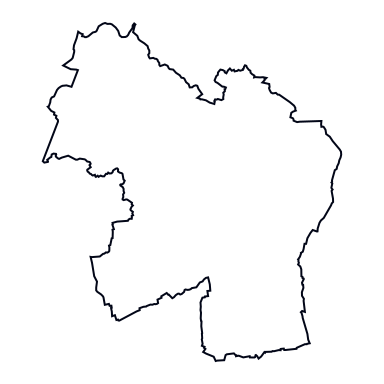 Mueang Nakhon Pathom, Nakhon Pathom, Thailand
{"feature_id": "78962969B95320028173020", "entity_name": "Mueang Nakhon Pathom", "entity_type": "district", "adm_level": 2, "iso_a3": "THA", "parent_name": "Thailand", "parent_adm1": "Nakhon Pathom", "projection": "orthographic", "projection_center": [100.009, 13.819], "detail": "fine", "context": "isolated", "style": "outline", "palette": "ink", "viewbox_px": 384, "rotation_deg": 0, "n_neighbors": 0, "source": "geoboundaries", "source_scale": "gbopen_adm2", "svg_char_len": 5878}
<svg xmlns="http://www.w3.org/2000/svg" viewBox="0 0 384 384"><path d="M90.6,256.9L92.0,262.7L94.2,276.2L97.0,281.6L96.2,287.5L96.2,290.4L97.3,291.8L101.2,294.5L103.1,296.5L103.5,297.5L104.8,304.8L108.9,303.9L109.6,305.8L111.4,305.7L111.7,307.7L111.1,307.8L111.1,308.3L111.8,311.4L112.1,316.2L114.9,315.2L116.4,320.0L118.0,319.6L118.4,320.5L119.3,320.6L136.6,311.4L139.7,310.2L139.5,308.2L143.4,306.8L146.3,306.5L146.8,306.0L150.4,304.6L152.5,304.7L154.2,304.0L155.7,304.2L157.1,303.8L158.1,303.1L157.5,299.6L161.5,297.8L161.3,296.3L166.7,293.0L168.3,294.8L168.8,294.6L172.3,298.2L174.0,297.2L175.7,295.2L177.7,293.8L178.9,293.6L180.2,294.5L181.7,294.0L184.1,291.9L184.6,290.0L185.4,289.5L187.7,289.9L189.2,289.7L190.6,289.2L191.9,288.1L196.4,287.3L199.8,282.5L202.6,281.4L203.9,279.5L205.9,277.9L208.1,277.4L209.8,284.4L210.3,290.7L207.4,291.0L208.1,296.1L204.9,296.5L204.8,297.3L202.4,297.7L200.5,302.5L200.8,306.6L200.5,310.0L201.0,312.7L200.7,318.3L201.1,321.1L201.5,321.3L201.3,326.2L202.2,333.2L201.9,333.5L202.2,338.3L201.8,339.3L202.6,343.8L201.9,345.8L204.5,346.8L204.0,347.8L205.4,348.9L203.2,352.0L206.1,353.6L213.7,356.7L215.7,361.0L217.2,360.6L224.2,360.2L225.6,355.1L226.8,354.3L233.9,353.4L235.5,355.1L236.2,355.2L236.1,356.2L238.7,355.7L243.3,357.4L249.7,356.2L249.9,357.4L254.3,357.5L255.0,357.2L255.6,355.1L255.9,355.0L257.2,356.2L258.6,358.6L261.2,356.5L264.4,352.1L265.1,352.7L265.6,351.9L271.7,351.7L272.4,351.1L274.1,351.2L278.7,350.1L280.6,350.2L280.6,349.0L281.0,348.9L283.8,348.6L284.2,350.0L285.5,350.0L296.5,348.8L296.7,347.8L304.9,344.2L306.8,344.2L307.1,343.8L309.7,343.3L308.2,339.7L307.4,333.9L302.7,317.9L302.5,316.2L301.5,312.8L300.9,312.2L302.1,311.0L304.9,311.9L303.6,300.8L303.9,298.8L302.0,295.8L301.9,292.2L303.4,287.9L303.1,284.8L302.4,284.7L302.0,282.7L303.8,279.0L303.6,278.5L302.6,278.2L302.5,276.9L301.4,276.3L301.3,269.3L300.3,266.5L298.1,264.5L298.9,262.8L298.4,261.4L298.5,259.7L298.1,259.4L299.9,256.8L301.0,253.6L300.9,252.9L302.8,251.7L303.6,249.0L304.5,243.8L306.1,243.8L307.4,238.2L310.4,233.0L312.7,230.0L317.0,231.5L317.5,231.4L317.7,228.5L319.5,222.8L320.9,220.5L323.8,217.9L331.0,205.4L331.8,203.4L333.1,202.0L333.0,198.6L331.6,190.9L332.6,189.5L331.7,188.5L331.4,187.7L332.3,183.4L331.5,182.5L332.1,181.7L332.0,180.3L334.8,170.2L336.7,168.9L337.1,166.5L338.7,163.2L339.3,160.3L340.6,157.4L341.2,154.7L341.0,151.7L339.7,149.5L332.7,141.1L329.8,136.7L326.2,134.1L325.5,129.8L323.8,127.1L322.9,126.6L321.4,126.8L321.1,124.4L321.4,121.0L299.8,121.7L297.1,122.1L293.6,120.7L293.5,119.3L292.8,118.2L290.4,117.3L291.3,112.8L293.1,111.6L295.8,110.6L295.3,109.8L295.3,107.8L294.1,105.7L289.8,102.1L279.2,94.7L277.7,94.6L275.9,92.9L272.8,93.4L271.1,92.6L269.7,90.1L269.0,88.0L269.6,87.0L269.2,84.0L262.4,82.5L264.6,80.2L264.5,79.1L265.5,78.8L266.4,77.9L263.0,77.2L260.1,77.4L255.2,77.1L254.1,77.4L254.4,75.6L252.1,74.2L250.6,72.7L250.3,70.7L248.8,69.8L246.9,67.4L246.3,65.8L245.0,65.3L244.0,66.9L243.6,68.7L242.9,69.0L242.9,69.9L240.2,70.7L238.4,69.9L237.5,70.8L234.6,71.4L233.9,69.8L231.8,70.7L229.9,68.5L228.0,70.4L226.4,73.3L224.8,72.4L224.7,71.2L222.8,70.1L220.4,69.6L219.2,71.0L218.0,72.5L217.8,74.9L216.3,76.1L214.6,80.3L215.6,82.0L217.5,82.9L222.3,86.6L223.9,86.7L225.9,87.5L225.2,89.3L224.6,89.3L224.8,91.3L223.3,92.7L223.7,94.6L223.2,97.2L223.3,99.1L221.4,100.1L217.8,99.0L216.7,99.6L215.1,99.4L214.3,101.0L214.8,101.4L214.3,104.0L209.7,102.6L205.9,100.3L201.8,99.3L200.4,99.4L200.0,98.7L197.3,97.9L202.2,94.2L198.4,88.8L197.3,85.8L195.8,85.3L193.7,86.0L192.2,87.3L189.7,87.4L188.7,84.3L186.1,82.2L184.4,78.8L183.5,78.0L181.4,77.7L179.8,75.3L176.0,72.8L173.2,69.6L169.7,69.1L168.8,68.3L167.6,65.8L164.8,64.5L160.2,66.1L159.3,64.9L159.3,63.1L157.8,60.9L157.5,59.8L156.4,58.9L154.8,58.7L153.3,57.9L149.9,58.4L149.1,57.4L148.2,54.8L149.3,53.2L149.3,50.5L148.2,48.5L147.6,46.1L144.3,43.3L140.2,40.7L138.6,39.3L137.3,35.8L133.1,32.2L134.8,25.4L135.4,24.5L134.2,23.5L132.7,25.4L132.5,28.0L129.2,32.6L128.2,34.9L126.8,36.4L125.3,37.0L121.8,37.1L119.7,35.5L118.2,30.9L115.7,27.5L111.8,24.3L110.2,23.8L107.4,23.9L105.1,23.0L102.7,23.8L98.7,26.3L96.6,30.9L95.6,31.8L92.8,32.5L88.4,36.2L86.3,37.1L84.9,37.1L84.1,36.5L82.1,36.2L82.7,34.2L80.5,33.4L78.2,31.7L76.6,38.3L74.0,45.3L73.5,49.3L74.2,50.1L74.2,51.9L72.7,57.9L71.4,59.5L63.2,65.5L70.7,69.2L76.3,69.6L77.9,70.1L71.5,86.8L66.5,85.4L62.5,85.8L60.9,86.5L58.6,88.1L57.0,90.0L54.1,96.4L51.7,97.5L50.6,99.5L50.2,102.5L48.8,106.3L47.8,106.7L51.2,110.9L54.4,112.5L54.0,114.6L56.4,115.8L55.9,117.9L57.9,120.0L58.0,121.6L42.8,161.2L44.3,162.6L47.9,161.9L48.0,161.3L47.2,159.9L50.3,157.4L51.3,157.0L51.7,154.5L53.5,153.6L56.0,153.9L56.2,154.5L55.7,155.9L55.9,156.6L57.8,158.3L59.1,158.9L61.8,157.6L68.2,155.7L75.9,159.7L77.2,159.7L79.8,158.6L84.5,159.3L85.4,159.7L87.2,161.5L89.7,162.0L90.6,163.5L90.5,164.1L89.5,165.1L90.7,167.2L87.3,169.7L87.2,170.5L87.7,171.6L89.1,172.6L89.7,173.6L91.0,174.0L91.9,175.0L92.8,175.5L94.9,174.8L95.4,176.5L95.9,176.9L97.7,175.7L98.6,176.8L100.7,175.6L102.2,176.3L104.2,176.3L106.0,173.8L107.4,173.9L108.2,172.6L109.6,173.5L111.5,173.3L112.7,172.0L112.9,170.9L113.6,170.1L116.2,168.5L117.3,168.4L118.1,169.3L118.0,171.5L119.6,172.6L121.8,173.2L122.5,173.9L123.5,179.5L124.7,180.7L123.5,183.4L122.4,184.2L120.6,184.4L120.2,184.9L120.4,185.5L122.8,187.2L123.6,188.9L123.6,191.0L124.2,192.8L123.1,194.4L123.3,197.0L122.6,198.8L122.6,199.5L123.7,200.1L126.2,199.4L127.3,199.6L132.0,202.8L131.7,204.3L132.9,205.5L131.7,206.6L130.4,209.3L130.7,210.2L132.9,211.9L132.3,213.5L133.1,215.2L131.7,215.9L131.9,217.7L131.7,218.8L130.1,218.7L128.6,219.5L127.9,220.8L117.1,221.6L112.5,222.9L112.8,224.3L112.4,224.7L113.9,229.2L112.5,229.7L112.8,231.8L112.6,238.1L111.7,238.3L110.3,245.1L109.0,245.6L109.4,247.6L109.3,250.9L108.7,251.8L107.4,252.6L105.9,252.4L104.4,253.6L103.0,253.9L99.8,256.5L91.8,257.1L90.6,256.9Z" fill="none" stroke="#020617" stroke-width="2"/></svg>